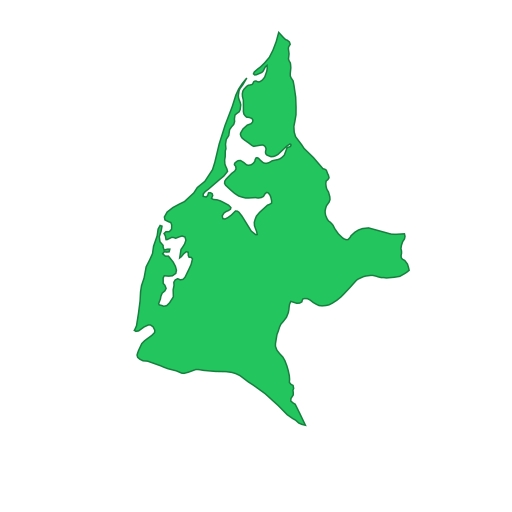 the district of Etimbouè, Ogooué-Maritime, Gabon, rotated 53°
{"feature_id": "22940354B22587364924270", "entity_name": "Etimbouè", "entity_type": "district", "adm_level": 2, "iso_a3": "GAB", "parent_name": "Gabon", "parent_adm1": "Ogooué-Maritime", "projection": "robinson", "projection_center": [9.502, -1.676], "detail": "fine", "context": "isolated", "style": "filled", "palette": "green", "viewbox_px": 512, "rotation_deg": 53, "n_neighbors": 0, "source": "geoboundaries", "source_scale": "gbopen_adm2", "svg_char_len": 6167}
<svg xmlns="http://www.w3.org/2000/svg" viewBox="0 0 512 512"><g transform="rotate(53 256 256)"><path d="M420.9,318.4L407.6,315.7L397.9,313.9L395.8,314.8L392.7,315.5L390.8,313.8L389.4,309.9L387.6,308.5L385.5,307.3L384.4,305.6L381.7,304.3L379.6,305.3L377.0,305.4L374.7,303.4L371.6,301.4L366.6,299.1L362.4,297.5L356.9,295.9L352.8,295.4L348.2,295.9L343.8,296.0L339.8,294.8L337.7,293.2L331.3,286.5L329.5,283.6L326.8,279.8L325.4,277.1L324.6,273.3L323.3,268.6L320.7,264.3L318.7,262.1L316.4,260.0L314.7,258.2L313.2,255.5L318.3,251.9L319.9,249.4L320.2,246.9L319.2,245.8L318.5,244.3L319.1,243.0L321.0,240.6L323.7,239.3L327.5,238.3L330.6,237.0L333.5,235.5L335.6,233.2L337.6,230.0L338.9,227.2L339.6,223.4L340.0,218.0L339.8,212.8L339.2,208.7L337.7,199.9L335.8,190.3L335.9,188.2L337.1,182.8L338.0,180.5L340.5,176.1L341.8,174.4L344.0,172.5L346.3,170.9L348.7,168.9L350.0,167.1L352.0,165.1L356.0,158.7L358.8,153.4L359.5,148.1L359.7,145.4L359.6,142.3L356.9,141.1L353.6,139.9L349.0,139.9L346.7,141.0L344.8,141.0L343.1,140.0L341.4,138.1L339.6,136.8L337.3,135.8L334.9,133.3L332.8,130.2L331.7,127.1L330.0,125.2L327.6,124.1L322.9,131.2L320.1,134.7L301.3,149.2L298.2,154.4L296.9,158.5L296.5,162.5L297.0,167.9L297.8,169.7L298.3,172.6L297.2,174.2L295.1,175.5L293.0,176.1L287.9,176.9L281.6,176.7L277.9,176.0L275.6,176.1L273.1,176.5L271.7,177.0L269.3,176.9L265.5,176.0L263.0,174.7L261.5,173.6L259.6,171.4L258.3,169.5L256.9,165.1L255.5,163.0L253.1,161.4L248.5,159.6L245.4,159.3L242.9,158.3L240.3,156.8L238.3,154.8L238.3,152.8L237.5,150.6L234.9,149.5L233.5,149.3L229.8,148.2L228.1,148.8L226.6,150.0L212.1,150.9L199.0,152.9L194.9,152.6L184.5,152.6L180.0,150.9L175.3,147.8L172.1,144.2L167.3,139.1L161.3,134.5L153.0,128.7L142.6,123.0L138.5,121.0L135.0,120.8L132.9,120.3L131.1,119.0L126.6,114.9L123.8,113.1L122.5,112.4L120.0,112.1L118.2,111.5L114.5,108.0L109.8,105.3L108.6,104.1L107.5,101.3L105.1,100.5L102.4,101.2L101.1,102.1L98.2,102.6L91.1,103.3L97.0,110.9L101.9,118.7L105.4,125.9L107.0,133.0L107.7,138.6L107.7,142.2L108.0,146.6L109.0,148.4L110.6,148.1L111.5,146.6L112.9,140.9L112.6,138.9L110.5,134.6L110.4,132.5L113.0,134.2L114.9,136.2L118.4,141.4L119.3,144.9L119.2,147.5L118.7,149.0L117.4,150.1L116.2,150.7L115.5,152.1L115.5,153.1L116.3,154.5L116.7,155.7L115.9,157.8L115.0,159.4L114.9,161.4L115.5,165.0L116.3,167.1L118.2,169.3L120.4,170.8L123.9,172.3L131.6,178.0L133.1,179.2L135.5,180.3L137.4,180.3L139.4,180.0L141.4,177.9L143.7,176.5L145.6,176.7L146.9,178.0L147.4,180.3L146.2,184.2L146.7,189.9L148.6,194.4L149.6,195.3L151.7,196.0L153.6,196.1L156.8,195.3L161.0,193.9L165.3,192.7L167.0,191.9L170.3,185.5L171.5,183.7L173.3,182.9L174.6,182.9L176.6,183.5L178.2,185.4L179.3,186.3L180.5,186.7L182.1,186.5L185.7,184.3L187.0,182.3L187.7,180.2L188.1,177.3L186.8,165.5L186.8,163.7L187.0,161.5L187.9,161.0L188.6,161.4L189.2,162.5L189.1,163.5L188.4,165.2L188.4,166.3L192.5,172.7L192.9,176.0L192.8,178.4L192.2,180.4L189.7,185.7L189.3,189.3L188.4,191.7L187.3,193.1L185.8,194.1L182.2,194.9L179.4,195.2L178.1,196.0L177.7,196.9L178.4,198.5L179.7,200.0L180.3,202.2L180.3,204.9L179.0,207.5L177.5,208.7L173.9,209.5L170.4,210.9L169.1,212.9L168.9,214.7L169.1,217.2L170.1,218.3L172.3,218.3L174.5,219.6L175.4,221.9L175.4,225.7L176.6,233.6L177.4,235.8L179.1,237.4L181.2,237.7L188.1,236.5L193.1,235.4L197.6,233.8L200.7,231.6L203.4,229.4L205.2,227.0L209.0,221.3L211.0,219.4L212.5,216.6L212.9,214.2L211.7,211.2L211.7,209.1L213.1,208.2L216.0,208.2L218.3,208.9L221.5,210.4L223.2,211.8L222.9,214.3L222.3,216.2L223.3,226.8L224.4,231.7L226.2,234.6L228.1,237.1L230.9,239.0L237.1,240.9L239.6,242.1L238.8,243.4L233.2,244.8L215.7,243.2L210.8,243.3L209.0,243.9L207.7,245.3L208.5,251.1L208.4,255.5L207.8,258.5L206.2,260.0L203.6,258.8L202.4,255.7L202.5,253.1L203.1,250.8L203.3,248.3L202.2,246.9L198.9,247.3L192.9,250.1L190.5,251.3L187.7,253.3L185.1,256.1L183.2,256.9L181.7,254.2L179.8,253.5L178.0,254.3L177.0,255.9L178.7,258.3L178.9,260.3L176.6,262.3L174.7,260.8L174.0,257.8L174.0,254.0L173.0,238.8L172.8,233.6L171.3,227.8L168.8,226.8L166.0,226.2L163.8,225.5L160.5,223.3L158.0,220.7L153.6,217.3L152.3,215.5L148.4,213.1L145.0,209.6L143.4,205.3L139.2,201.0L138.1,197.6L137.5,194.6L135.8,192.2L133.6,190.8L130.8,188.0L130.6,185.6L130.7,182.7L129.6,180.6L126.1,177.2L123.9,176.2L120.9,175.4L118.9,174.6L117.1,173.4L113.8,170.1L112.6,167.9L111.4,163.7L108.3,156.2L110.0,163.1L112.2,169.3L115.4,175.3L122.2,184.8L133.2,202.3L144.4,218.0L156.3,232.4L160.9,238.8L165.6,251.9L166.0,261.7L168.2,267.7L169.5,280.4L168.4,286.0L167.3,293.1L167.4,300.5L169.7,305.7L172.4,307.0L176.1,305.2L177.9,303.9L180.4,304.6L183.8,307.3L184.4,310.6L182.4,313.3L182.7,315.9L185.4,316.3L188.8,318.0L189.4,317.2L190.4,312.1L191.8,310.5L193.5,309.5L194.4,306.1L195.5,303.0L198.1,301.3L201.2,302.5L203.4,305.7L204.8,309.3L205.6,311.9L211.6,318.1L211.6,316.1L210.7,312.3L210.6,309.1L212.2,307.9L214.9,309.8L216.7,310.2L218.2,308.5L220.1,308.5L223.7,312.9L225.6,316.4L230.2,325.3L230.8,328.2L229.5,330.8L227.0,332.2L226.5,334.9L227.5,337.4L230.2,339.2L233.0,342.4L238.9,346.6L241.4,353.3L241.9,357.2L240.6,360.0L239.1,360.8L236.8,362.7L235.4,362.4L232.9,358.3L231.0,356.3L229.2,353.3L229.0,349.8L227.8,347.3L224.5,346.4L222.0,346.6L217.6,343.3L216.6,341.1L219.5,337.9L221.5,334.7L221.6,330.5L219.5,328.1L215.8,326.6L211.0,325.8L203.4,326.0L201.6,328.5L198.0,329.2L197.4,326.7L199.2,324.9L200.4,322.9L198.7,320.7L197.3,322.5L195.9,325.8L193.0,324.8L191.6,323.8L186.8,324.1L182.4,321.6L178.9,316.7L175.6,313.1L173.9,314.2L175.6,318.0L180.4,322.8L186.5,331.9L191.8,337.2L195.2,343.4L198.5,350.2L206.2,358.6L210.8,365.3L215.2,369.8L222.1,375.6L231.1,384.4L239.8,393.4L242.0,397.4L242.1,397.9L243.9,397.3L245.2,394.8L245.3,388.1L246.3,383.5L247.5,381.8L250.7,380.8L254.4,381.5L256.1,383.0L256.7,386.9L256.6,395.7L257.2,399.9L260.8,406.7L262.1,408.7L263.5,410.6L265.7,411.5L268.5,410.9L271.7,409.3L274.6,406.0L286.5,398.1L289.2,396.6L293.1,394.1L299.7,388.8L304.9,385.8L306.4,384.1L308.1,380.0L310.4,372.4L312.3,370.0L315.9,366.6L323.9,357.7L330.4,349.4L334.5,345.3L337.8,342.9L341.8,340.8L352.0,337.9L357.4,335.9L371.3,331.6L388.6,328.3L401.5,326.6L407.7,324.6L410.9,323.2L415.1,322.4L418.1,320.7L420.9,318.4Z" fill="#22c55e" stroke="#15803d" stroke-width="1.5"/></g></svg>